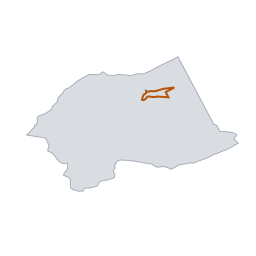 Uganda, with Buikwe highlighted, rotated 242°
{"feature_id": "UGA-5597", "entity_name": "Buikwe", "entity_type": "District", "adm_level": 1, "iso_a3": "UGA", "parent_name": "Uganda", "parent_adm1": "", "projection": "equal_earth", "projection_center": [33.033, 0.062], "detail": "fine", "context": "in_parent", "style": "outline", "palette": "amber", "viewbox_px": 256, "rotation_deg": 242, "n_neighbors": 0, "source": "natural_earth", "source_scale": "10m", "svg_char_len": 2600}
<svg xmlns="http://www.w3.org/2000/svg" viewBox="0 0 256 256"><g transform="rotate(242 128 128)"><path d="M167.5,205.5L164.9,205.5L160.6,205.5L156.3,205.5L152.0,205.5L147.7,205.5L143.4,205.5L139.1,205.5L134.8,205.5L130.5,205.5L126.2,205.5L121.9,205.5L117.6,205.5L113.3,205.5L109.0,205.5L104.7,205.5L100.4,205.5L96.1,205.5L93.5,205.5L93.0,205.4L92.7,205.2L91.0,205.7L89.4,207.1L87.6,207.7L85.7,207.4L85.4,207.6L84.4,207.6L83.0,207.5L81.8,207.8L80.8,209.1L79.8,211.2L78.1,213.7L76.7,215.9L75.5,217.4L72.8,220.0L71.4,220.7L70.7,220.6L70.2,220.1L69.4,216.9L68.8,216.3L63.6,218.0L62.8,218.1L62.9,217.0L62.5,209.4L62.5,204.7L63.1,201.7L63.5,198.3L63.6,195.3L64.5,190.3L64.2,187.2L65.4,176.5L65.8,174.8L66.2,169.6L67.0,168.0L67.7,167.4L68.6,164.2L70.3,159.1L71.5,156.5L71.2,150.8L71.4,147.0L71.7,146.1L74.2,144.7L77.5,141.1L78.9,136.9L80.8,134.2L84.6,132.4L95.9,117.9L101.1,110.1L103.4,106.1L103.5,104.7L103.9,102.8L103.0,101.4L101.9,100.0L101.6,98.8L100.6,98.2L99.3,98.2L98.4,97.3L97.4,95.6L96.4,94.5L93.2,94.6L90.7,92.8L90.8,90.3L91.7,85.5L93.6,80.0L93.7,78.5L93.4,77.2L93.0,76.1L92.1,75.0L91.3,73.7L92.0,69.7L93.1,65.8L94.1,63.9L95.0,61.7L94.8,59.9L93.4,59.0L94.1,57.3L95.6,54.4L98.5,51.4L101.0,49.4L102.7,49.4L106.0,51.0L108.9,52.8L110.5,52.9L112.5,52.2L116.6,48.9L117.6,49.9L118.8,51.9L120.1,55.2L122.7,56.7L123.9,57.8L124.8,58.1L125.3,57.8L126.2,55.2L127.4,53.8L129.6,52.0L134.4,50.6L137.9,50.2L139.3,49.8L141.8,49.0L145.6,46.3L149.4,49.8L153.5,50.4L157.5,50.4L158.7,49.4L159.4,48.6L163.6,42.9L169.3,35.3L173.0,46.1L174.3,46.7L174.2,47.6L173.8,48.5L176.3,51.1L179.3,52.5L180.4,53.8L180.5,55.3L179.5,61.6L179.7,63.4L180.7,69.7L182.5,71.1L184.1,77.5L187.3,80.2L187.8,80.9L188.6,84.0L189.6,87.4L190.3,88.2L190.8,88.4L191.8,92.0L191.2,94.0L192.0,100.1L193.2,105.6L193.5,112.1L193.5,115.0L193.5,116.7L193.2,119.2L192.6,120.7L191.6,122.1L190.5,124.3L189.5,126.6L188.8,127.8L189.3,131.3L189.2,132.2L188.9,132.7L187.5,133.2L185.6,134.2L184.4,135.1L182.8,136.9L181.5,138.8L179.8,144.5L176.9,149.0L176.5,150.4L173.8,153.1L172.6,156.3L171.8,160.3L170.8,163.2L168.5,167.1L168.0,173.4L168.0,185.8L167.4,199.9L167.5,205.5Z" fill="#d9dde1" stroke="#a8b0b8" stroke-width="1"/><path d="M146.4,153.7L146.8,154.2L148.1,155.1L149.5,156.7L150.0,157.6L150.2,158.8L150.1,160.0L150.9,160.8L152.3,161.4L151.1,162.2L150.3,163.1L150.2,164.2L149.9,165.6L148.9,166.9L147.6,169.8L146.0,177.6L142.0,187.9L142.0,178.1L136.1,178.1L140.2,171.6L142.3,168.2L142.3,167.1L143.0,166.1L143.7,164.4L145.1,162.6L146.2,161.1L146.4,159.3L145.7,158.0L145.3,156.2L145.4,154.6L146.4,153.7Z" fill="none" stroke="#b45309" stroke-width="2"/></g></svg>